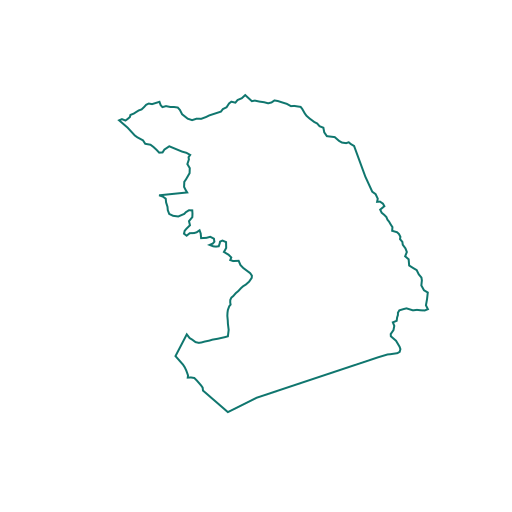 outline of Paranaguá, Paraná, Brazil, rotated 113°
{"feature_id": "56859067B59614170446294", "entity_name": "Paranaguá", "entity_type": "district", "adm_level": 2, "iso_a3": "BRA", "parent_name": "Brazil", "parent_adm1": "Paraná", "projection": "equal_earth", "projection_center": [-48.534, -25.55], "detail": "fine", "context": "isolated", "style": "outline", "palette": "teal", "viewbox_px": 512, "rotation_deg": 113, "n_neighbors": 0, "source": "geoboundaries", "source_scale": "gbopen_adm2", "svg_char_len": 3252}
<svg xmlns="http://www.w3.org/2000/svg" viewBox="0 0 512 512"><g transform="rotate(113 256 256)"><path d="M116.4,208.7L115.9,212.5L115.1,215.1L116.9,217.1L118.0,221.2L117.6,224.5L115.8,230.0L118.0,237.6L115.5,241.5L111.6,244.1L111.7,248.2L110.1,251.5L109.9,254.7L109.2,257.5L108.5,260.4L107.2,264.3L105.7,266.8L102.5,271.0L101.3,273.2L102.1,276.2L102.9,279.4L104.4,282.4L103.9,287.1L104.4,291.9L104.8,296.4L105.6,299.8L108.6,301.7L110.7,304.5L111.3,308.7L112.5,313.1L113.4,317.8L115.1,320.3L112.1,328.8L116.3,330.7L119.6,333.9L122.9,334.9L123.6,339.0L126.1,340.4L130.6,341.2L133.7,343.9L136.8,344.7L144.8,353.9L147.5,356.2L151.1,360.0L152.8,364.3L155.9,367.9L156.3,372.5L154.4,379.4L151.3,383.1L149.9,386.0L150.9,389.8L152.3,393.0L153.2,397.4L155.5,400.3L154.4,402.7L151.8,405.1L156.8,411.0L157.6,414.3L159.7,416.2L162.6,417.2L165.8,418.6L167.8,420.8L170.2,422.5L172.6,424.1L175.2,426.7L177.4,426.4L180.2,427.8L182.3,429.1L182.4,432.9L184.6,435.0L188.0,424.4L192.4,414.7L193.1,411.7L193.7,405.2L196.0,401.8L194.8,396.6L195.7,393.0L197.1,389.1L198.7,385.5L197.2,382.5L193.8,381.9L188.9,378.7L188.8,364.9L188.2,360.3L188.7,356.1L191.4,356.7L193.3,355.5L198.2,355.1L201.0,351.3L205.7,349.5L212.9,350.4L215.7,351.0L220.5,349.2L222.6,346.7L224.4,344.2L238.0,368.9L237.7,365.0L238.5,361.5L241.8,359.7L245.3,356.7L248.3,355.1L251.2,352.3L251.4,348.0L250.0,343.0L245.3,338.5L243.1,337.7L240.1,335.6L238.9,332.5L241.9,331.0L245.1,329.8L250.1,331.3L253.5,328.8L258.1,330.7L260.7,331.5L263.6,331.0L264.4,327.8L260.9,325.9L259.1,322.0L257.4,319.9L254.4,318.0L256.9,315.7L261.0,313.5L258.7,308.8L256.2,305.6L256.5,301.5L259.1,299.9L261.4,300.6L263.9,303.0L263.8,299.1L263.0,296.5L261.6,294.1L258.9,294.3L256.8,294.7L254.9,292.9L254.9,289.0L258.0,287.6L260.2,286.6L262.5,286.8L264.8,287.1L265.6,281.6L267.0,278.2L269.8,278.1L269.6,275.1L267.2,270.1L270.4,266.8L272.0,263.1L274.1,254.6L275.7,252.1L277.8,251.4L282.3,252.3L286.3,254.2L288.8,256.0L291.3,257.2L295.2,258.6L298.1,260.1L301.8,261.3L303.9,262.4L306.5,262.5L308.8,261.6L310.7,260.4L312.7,261.0L316.7,260.8L319.3,260.1L322.3,259.0L326.4,256.8L329.3,255.4L334.7,252.3L340.9,250.5L342.9,253.0L347.2,259.0L350.0,263.4L352.2,266.0L354.8,269.8L356.9,272.4L358.3,274.7L358.9,278.0L357.9,282.1L357.5,285.0L355.2,289.1L379.6,291.0L384.6,280.6L386.3,278.1L388.5,275.6L390.3,273.9L392.5,271.9L394.6,271.3L393.2,268.4L392.4,265.1L393.8,261.7L395.3,258.6L396.7,255.8L398.0,253.7L400.6,252.2L410.7,220.9L386.2,200.0L301.6,104.1L295.2,96.4L294.0,94.1L290.2,87.9L288.1,86.3L285.3,86.7L283.4,88.4L279.3,94.0L277.2,100.5L275.2,101.5L270.5,100.5L266.3,101.4L263.6,104.1L260.7,101.2L257.4,102.1L254.9,102.3L252.7,103.2L250.0,102.8L247.1,99.3L245.4,97.0L244.7,90.3L242.7,86.8L241.5,82.8L240.2,79.4L237.8,77.0L235.0,80.3L228.9,81.7L222.5,83.6L221.9,88.0L218.5,92.3L213.6,93.8L211.2,95.3L209.3,99.0L206.2,102.6L205.7,106.4L204.9,111.3L199.4,114.2L198.0,118.6L193.4,118.7L190.6,121.4L188.3,125.3L185.8,126.8L184.2,130.0L181.9,130.6L179.9,133.0L179.0,135.5L179.6,140.5L176.1,141.7L174.3,144.4L172.4,146.9L171.2,149.2L169.2,151.2L168.0,154.1L167.1,157.2L164.8,159.8L160.0,157.3L158.2,159.6L157.5,163.1L158.8,165.7L155.7,166.3L152.3,170.1L151.4,174.1L140.2,186.4L116.4,208.7Z" fill="none" stroke="#0f766e" stroke-width="2"/></g></svg>